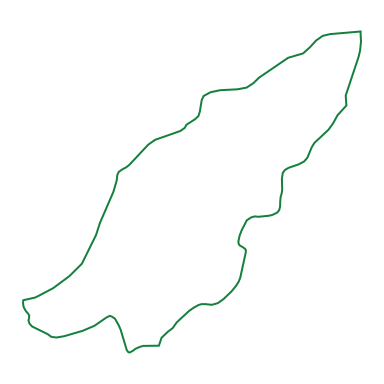 SVG path tracing the border of Mostaganem
{"feature_id": "DZA-2202", "entity_name": "Mostaganem", "entity_type": "Province", "adm_level": 1, "iso_a3": "DZA", "parent_name": "Algeria", "parent_adm1": "", "projection": "natural_earth1", "projection_center": [0.307, 36.01], "detail": "fine", "context": "isolated", "style": "outline", "palette": "green", "viewbox_px": 384, "rotation_deg": 0, "n_neighbors": 0, "source": "natural_earth", "source_scale": "10m", "svg_char_len": 1629}
<svg xmlns="http://www.w3.org/2000/svg" viewBox="0 0 384 384"><path d="M23.3,300.2L35.4,297.5L53.1,288.2L69.4,276.1L81.9,263.7L96.0,235.1L100.0,222.8L113.4,191.8L116.7,180.5L117.3,175.0L118.7,172.0L121.9,169.6L125.9,167.5L129.2,165.0L148.2,144.7L155.1,139.8L180.3,131.0L184.7,127.9L186.5,124.7L195.2,119.1L198.4,116.1L199.8,111.8L201.7,100.2L203.6,96.0L210.6,92.2L220.2,90.2L237.5,89.3L246.6,87.6L253.3,83.2L259.1,77.6L288.1,57.8L303.1,53.4L309.9,47.3L316.0,40.6L322.6,35.9L330.2,34.1L360.6,31.5L360.6,34.0L361.0,41.5L360.1,50.5L358.5,57.1L345.7,95.6L346.4,105.5L337.5,115.3L333.1,123.3L328.5,129.7L314.4,142.9L311.7,147.3L307.4,157.7L304.2,161.4L298.8,164.3L288.6,167.8L284.9,170.0L282.8,172.9L281.9,178.6L282.2,189.8L281.7,193.2L280.6,197.1L280.2,201.9L280.1,206.5L279.2,210.1L277.3,212.5L272.7,214.8L269.2,215.7L258.3,216.8L254.8,216.4L251.0,217.5L246.8,220.3L241.7,230.2L239.6,235.7L238.4,241.4L238.7,244.0L239.9,245.6L243.0,247.3L244.6,248.5L245.6,249.5L245.9,250.9L245.7,252.8L240.2,277.9L238.7,281.6L235.9,286.1L231.5,291.4L223.4,299.2L217.7,303.2L211.8,304.8L205.0,304.1L201.6,304.1L198.6,305.0L194.0,307.5L189.1,310.9L176.8,322.3L172.7,328.1L167.8,331.8L161.5,337.8L158.9,345.7L143.3,345.9L140.1,346.8L135.6,348.7L133.5,350.4L129.8,352.5L128.4,352.2L126.8,350.2L120.6,329.6L118.6,325.1L115.0,318.7L111.7,316.5L109.6,315.9L106.0,317.8L94.4,325.8L82.7,330.8L64.2,336.2L56.5,337.5L53.0,337.1L50.8,336.6L49.3,335.3L47.4,334.0L32.1,326.5L29.4,323.5L28.5,320.4L29.1,317.9L29.2,315.6L28.3,313.9L27.3,312.7L26.2,311.5L25.1,309.7L24.0,307.8L23.4,305.9L23.0,302.7L23.3,300.2Z" fill="none" stroke="#15803d" stroke-width="2"/></svg>